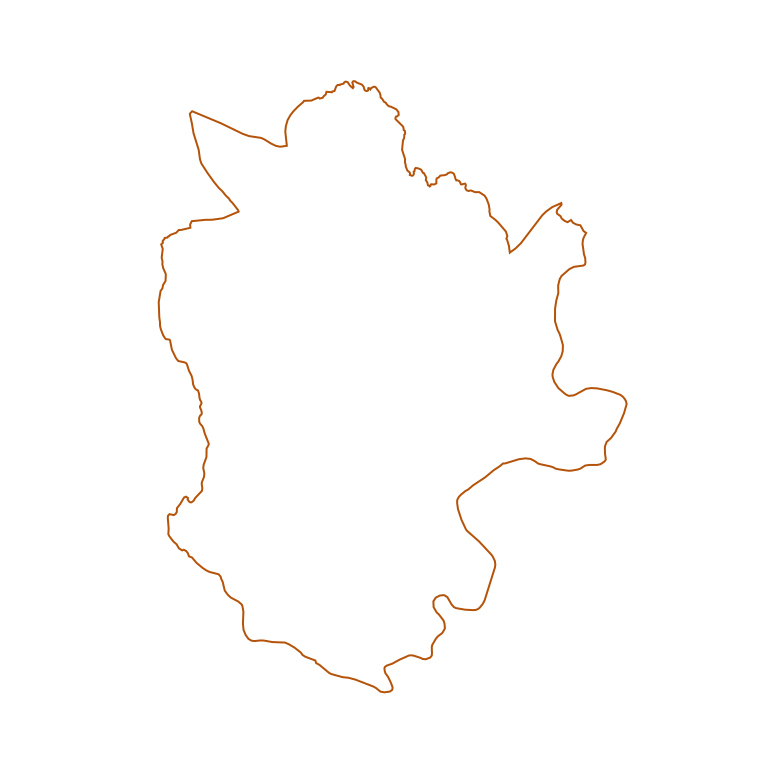 Maputsoe, Leribe, Lesotho (orthographic projection), rotated 171°
{"feature_id": "5366337B94933282431909", "entity_name": "Maputsoe", "entity_type": "district", "adm_level": 2, "iso_a3": "LSO", "parent_name": "Lesotho", "parent_adm1": "Leribe", "projection": "orthographic", "projection_center": [27.931, -28.897], "detail": "fine", "context": "isolated", "style": "outline", "palette": "amber", "viewbox_px": 768, "rotation_deg": 171, "n_neighbors": 0, "source": "geoboundaries", "source_scale": "gbopen_adm2", "svg_char_len": 6141}
<svg xmlns="http://www.w3.org/2000/svg" viewBox="0 0 768 768"><g transform="rotate(171 384 384)"><path d="M582.2,556.8L581.4,552.0L583.8,543.7L583.6,539.4L584.2,536.9L583.9,532.7L582.4,527.2L582.5,525.5L583.7,519.9L586.7,516.4L587.9,513.1L590.1,510.9L593.7,500.1L595.5,485.0L595.6,479.8L596.1,476.4L595.8,472.7L594.5,466.7L592.9,463.0L592.2,462.4L589.2,461.5L588.5,460.7L588.1,450.9L585.4,442.0L583.6,438.9L577.7,436.6L576.4,435.8L575.6,434.4L574.5,427.5L572.8,422.3L572.4,418.6L572.6,413.6L571.9,410.5L570.8,408.3L568.7,406.6L568.2,403.4L568.4,399.1L568.1,396.9L567.3,395.1L567.3,393.3L569.2,390.8L569.4,389.9L568.5,385.9L568.5,383.9L569.0,382.5L570.5,381.6L571.8,379.7L572.4,376.0L572.0,373.8L570.1,370.8L569.4,368.5L568.7,362.7L566.4,352.4L567.0,350.9L569.3,348.1L570.8,339.6L574.8,332.4L575.7,329.1L575.4,323.9L576.3,320.4L579.2,315.6L579.7,313.7L579.7,309.7L580.5,307.0L588.3,300.9L590.4,298.4L592.6,297.3L593.6,297.3L594.7,298.1L596.0,300.5L595.5,302.1L597.2,303.7L599.2,303.2L604.3,297.1L607.9,293.8L608.7,290.0L610.2,288.2L612.1,287.4L616.2,289.0L618.0,287.6L618.5,285.5L619.3,274.9L620.5,269.4L619.8,267.2L616.7,261.4L613.9,258.1L612.3,253.8L609.4,251.2L607.7,251.6L605.5,250.0L604.2,247.6L603.6,244.3L600.8,242.7L597.1,236.6L591.9,230.7L588.8,227.8L585.8,225.7L577.2,222.0L575.5,219.3L575.3,217.2L574.3,213.9L573.6,204.8L571.2,200.2L568.7,197.0L561.9,191.9L559.0,188.4L558.6,186.8L558.5,181.0L560.8,169.5L561.2,163.2L559.9,157.7L557.7,153.4L555.0,151.2L552.4,150.4L545.8,150.0L542.8,149.4L534.7,146.6L522.2,144.1L518.5,141.7L513.4,137.4L508.2,131.8L506.9,129.2L504.5,127.0L495.0,121.6L494.7,119.0L491.6,116.6L483.4,107.2L481.3,105.7L470.7,100.9L465.0,99.4L458.5,96.5L441.6,86.7L439.5,85.0L435.6,80.7L431.8,79.4L426.4,79.3L424.0,80.4L423.3,81.6L423.0,83.3L424.0,88.1L425.8,94.1L427.8,98.0L428.2,100.7L428.0,103.4L427.3,104.4L425.5,105.4L419.5,106.5L411.7,109.3L402.0,111.9L399.6,111.8L397.3,111.1L390.8,107.8L388.9,106.4L385.8,105.6L381.1,106.6L379.3,108.3L378.7,110.7L378.0,116.6L377.2,118.7L372.6,124.3L370.3,126.3L365.3,129.0L362.1,133.0L361.7,137.7L362.2,141.1L365.9,147.9L367.7,150.1L369.9,155.8L369.2,161.7L366.3,164.9L362.1,166.3L358.4,166.2L356.8,165.5L354.7,163.4L351.8,155.8L349.9,152.8L348.0,151.4L339.2,148.4L331.3,146.7L328.5,146.5L326.5,147.0L324.7,147.9L320.7,151.5L318.4,154.7L303.2,185.3L302.3,188.1L302.2,191.9L303.7,196.8L304.8,198.9L314.8,213.7L325.2,226.3L325.9,227.9L328.7,237.7L330.5,248.8L330.4,254.7L330.0,257.3L329.5,258.5L327.8,260.7L325.4,262.6L320.3,265.6L317.6,266.5L312.0,269.9L298.5,276.1L289.3,281.6L282.7,284.6L278.8,286.9L276.8,286.6L262.6,288.6L255.9,288.4L251.0,287.1L247.1,284.2L244.3,281.4L242.6,280.5L232.5,276.6L229.8,275.2L228.2,273.8L224.9,272.4L215.5,269.5L212.5,269.1L206.2,269.2L203.3,269.7L198.0,272.0L193.7,271.9L186.2,270.7L182.7,270.9L178.7,272.8L177.4,273.8L176.7,275.0L176.6,280.7L175.9,286.1L175.2,288.5L173.1,292.0L168.3,295.1L162.6,300.8L161.2,303.2L157.2,308.3L151.5,317.6L147.5,326.2L147.7,329.2L148.5,331.4L150.1,334.1L152.2,336.3L159.3,340.4L164.7,342.9L174.1,346.3L180.0,347.6L185.3,347.6L196.4,343.6L198.9,343.1L203.4,343.4L205.4,344.7L207.4,346.7L212.5,352.8L215.5,359.6L216.3,364.6L216.1,367.2L214.4,371.7L210.7,376.6L208.1,379.1L204.5,383.8L202.4,388.3L201.2,394.4L202.3,403.7L202.9,406.8L204.0,409.9L205.3,419.3L203.2,431.9L200.6,439.9L197.6,446.5L196.6,453.9L195.0,458.0L193.8,460.4L191.8,462.9L183.1,468.4L178.2,470.0L168.6,469.8L166.8,470.6L166.0,472.5L165.6,477.1L166.2,480.7L166.0,491.3L165.1,494.8L164.1,497.0L160.7,501.6L163.0,503.9L165.2,510.0L169.2,511.5L172.2,513.8L173.6,516.7L177.4,515.1L180.0,516.8L182.7,519.8L183.4,522.2L186.2,524.9L186.6,526.5L185.7,529.0L180.6,533.3L180.6,535.0L190.2,532.4L196.9,529.0L201.4,525.8L226.8,501.6L232.9,497.3L239.2,494.1L239.0,500.9L239.9,507.3L240.4,508.3L239.0,510.9L239.8,515.6L246.1,525.8L248.3,528.7L252.7,533.3L252.9,538.2L252.4,540.1L252.5,545.0L253.7,550.8L255.1,554.2L259.9,558.6L264.2,559.3L267.9,561.6L270.2,561.4L271.8,562.2L272.7,563.5L273.0,565.2L272.0,567.6L272.4,569.1L273.4,569.3L276.1,568.9L276.8,569.2L277.3,571.5L278.1,572.8L280.1,573.9L280.7,573.8L281.4,575.6L281.4,577.1L282.1,580.6L283.3,581.9L285.1,582.7L287.8,582.3L289.0,581.3L291.1,580.8L295.8,581.0L297.7,579.5L299.8,578.8L300.3,577.6L300.9,574.0L303.2,573.2L306.2,573.9L306.7,573.6L307.2,572.3L307.9,572.0L308.2,572.6L309.5,573.3L309.7,576.4L310.8,578.8L310.0,581.0L310.4,582.8L311.7,586.2L312.5,586.5L313.8,589.9L316.6,591.7L319.0,592.4L319.9,591.6L320.6,589.4L321.5,589.0L321.5,587.5L321.9,586.3L322.7,585.5L323.6,585.2L325.8,586.4L325.3,588.2L325.8,589.3L327.5,591.1L328.5,595.4L328.3,596.7L328.6,599.7L328.0,602.8L329.5,612.5L327.1,621.7L325.7,623.6L324.9,627.1L323.9,628.0L323.8,630.7L324.8,631.8L324.7,634.4L325.2,635.7L331.2,643.9L331.1,645.1L330.2,646.3L329.4,646.2L327.4,647.4L327.2,650.3L328.9,653.4L334.1,657.0L335.6,657.5L336.8,658.8L338.0,660.7L338.1,661.4L339.8,662.7L341.4,666.3L342.5,667.4L342.3,669.6L342.6,672.2L345.6,678.1L346.5,679.0L347.4,679.2L348.7,678.9L350.7,678.1L351.3,677.1L352.6,678.7L353.3,678.6L353.6,676.7L354.1,676.2L355.5,676.1L356.6,676.7L357.3,677.8L357.6,680.9L359.2,683.3L363.7,685.9L365.2,687.5L366.9,687.9L368.1,686.8L367.6,682.0L368.5,681.1L370.8,683.8L372.8,688.0L374.8,688.7L376.1,688.1L377.0,687.0L380.6,686.6L380.9,686.2L382.9,686.6L383.7,686.2L384.7,685.3L387.1,681.1L389.3,681.0L389.8,680.3L395.1,681.6L396.3,679.0L398.4,677.8L399.8,676.3L402.8,676.0L403.8,677.1L404.9,677.0L411.5,675.3L418.7,676.2L420.1,674.8L425.5,671.5L430.7,667.6L434.3,664.3L437.9,659.8L440.6,654.0L442.0,648.8L442.7,634.5L447.7,634.5L449.8,634.7L453.7,636.2L458.0,639.2L463.9,644.3L466.9,646.3L478.6,650.0L484.6,653.3L504.1,666.9L530.8,683.4L533.4,681.4L533.5,680.3L533.0,671.5L532.9,661.6L530.4,644.2L530.6,634.8L529.9,630.4L525.4,620.2L520.1,609.7L516.3,603.2L513.6,599.8L510.8,594.9L508.0,591.2L507.4,589.4L505.4,586.7L501.0,578.7L500.6,577.0L517.0,572.9L527.9,573.1L534.8,574.1L548.4,574.9L550.5,571.9L550.8,568.6L560.2,567.9L562.7,568.2L565.5,565.9L571.7,564.7L573.2,563.6L573.9,563.6L575.1,562.5L577.7,562.6L578.0,561.8L580.2,559.9L580.3,558.0L582.2,556.8Z" fill="none" stroke="#b45309" stroke-width="2"/></g></svg>